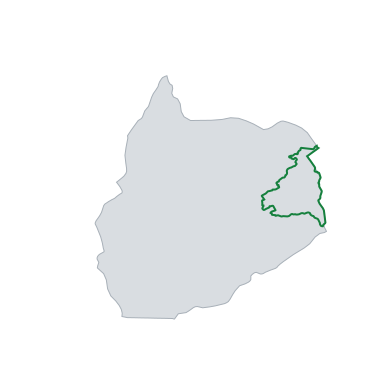 Mashonaland Central on a map of Zimbabwe (Equal Earth projection), rotated 55°
{"feature_id": "ZWE-524", "entity_name": "Mashonaland Central", "entity_type": "Province", "adm_level": 1, "iso_a3": "ZWE", "parent_name": "Zimbabwe", "parent_adm1": "", "projection": "equal_earth", "projection_center": [30.9, -16.688], "detail": "fine", "context": "in_parent", "style": "outline", "palette": "green", "viewbox_px": 384, "rotation_deg": 55, "n_neighbors": 0, "source": "natural_earth", "source_scale": "10m", "svg_char_len": 6851}
<svg xmlns="http://www.w3.org/2000/svg" viewBox="0 0 384 384"><g transform="rotate(55 192 192)"><path d="M253.8,320.8L251.3,318.7L247.8,317.3L243.4,316.7L237.7,316.9L230.6,318.1L223.0,316.7L214.9,312.6L208.2,311.2L200.2,313.0L199.8,313.0L198.4,311.6L196.2,308.7L192.5,308.2L191.5,307.5L190.7,306.4L190.2,305.0L190.0,303.4L190.5,298.6L190.2,298.0L189.2,297.5L187.2,296.9L182.4,294.7L176.3,292.5L166.4,290.2L162.6,289.6L161.7,288.9L160.6,287.1L158.6,281.5L156.8,277.8L152.5,272.1L151.9,270.4L152.0,265.8L152.3,262.2L152.8,259.1L152.5,256.2L152.4,252.6L152.6,250.1L152.0,249.1L150.4,248.4L146.0,248.0L140.7,248.2L140.5,244.5L140.0,238.8L138.9,235.5L137.7,233.8L135.2,232.1L130.3,229.6L123.5,225.9L117.7,220.5L111.0,213.6L108.9,212.5L106.4,206.1L102.6,195.1L102.8,191.4L102.2,189.6L98.5,184.2L97.7,181.4L97.0,178.6L91.2,170.7L89.2,167.2L87.6,162.8L86.1,159.2L84.8,157.8L83.2,155.4L82.0,152.6L81.4,150.6L81.8,147.8L82.4,145.9L87.9,147.9L90.9,148.1L93.2,147.1L96.1,148.4L99.6,152.0L103.4,152.7L107.5,150.4L113.0,151.1L120.0,154.7L125.8,155.4L132.6,152.2L138.6,143.4L144.3,135.1L149.9,125.6L153.3,117.8L158.3,111.6L164.9,106.7L171.6,102.6L181.9,97.6L183.9,93.4L184.6,88.9L184.5,82.6L185.1,78.5L186.1,76.7L187.8,75.2L190.1,73.3L196.8,68.6L202.5,65.5L209.5,63.5L217.0,63.5L224.4,63.4L228.5,63.4L228.6,69.5L228.9,76.3L229.7,77.0L235.2,77.1L244.0,77.6L252.6,78.1L258.0,83.0L259.8,84.1L265.4,85.4L272.6,93.6L281.3,94.4L287.3,97.0L292.5,99.8L295.5,103.2L297.5,103.9L300.1,104.2L301.4,104.5L301.1,106.9L299.3,111.1L299.5,117.0L301.9,125.2L302.2,132.3L301.4,144.8L301.4,157.0L301.6,161.3L302.0,164.2L302.5,165.8L302.4,167.5L301.0,172.6L299.8,178.0L299.7,180.1L299.3,181.6L298.4,183.0L294.7,185.4L294.0,187.0L294.0,189.7L294.5,192.0L295.9,192.9L297.6,194.2L298.2,196.0L298.2,197.8L297.7,201.2L296.1,206.8L297.6,213.2L299.3,217.4L301.6,222.2L302.6,225.2L302.5,227.4L302.1,229.4L298.6,238.3L296.1,243.7L293.0,249.6L288.9,253.3L287.9,255.0L287.5,257.1L287.6,261.4L287.4,266.0L283.9,273.1L286.0,279.2L285.6,279.7L284.4,280.6L279.4,287.4L274.4,294.3L270.7,299.3L266.5,305.1L261.8,311.5L257.8,317.0L253.8,320.8Z" fill="#d9dde1" stroke="#a8b0b8" stroke-width="1"/><path d="M225.7,63.3L226.6,63.8L227.4,63.7L228.5,63.2L228.6,66.3L228.6,69.9L228.7,74.5L228.7,77.2L231.9,77.2L234.0,77.1L238.6,77.1L241.7,77.1L243.0,77.4L244.1,78.5L244.6,79.1L245.0,79.5L245.5,79.6L246.1,79.3L246.5,78.9L247.0,78.1L247.4,77.8L247.7,77.9L247.9,78.1L248.1,78.1L248.3,77.6L249.1,77.0L250.3,77.2L253.2,78.1L253.8,78.3L254.2,78.7L254.6,79.4L255.2,80.7L255.5,81.2L256.1,81.6L256.4,81.9L256.5,82.3L256.6,82.6L256.8,82.9L257.1,82.8L257.4,82.9L257.3,83.1L257.3,83.3L257.9,83.5L258.5,83.5L259.1,83.6L259.5,84.0L260.6,84.7L265.4,85.1L266.1,85.5L266.9,86.4L268.6,88.8L269.2,89.4L270.4,90.2L270.7,90.6L271.0,91.3L271.1,92.8L271.3,93.3L271.8,93.6L274.8,94.2L280.4,94.1L282.7,94.5L285.6,96.0L290.1,98.4L293.5,100.2L293.8,100.6L294.0,101.1L294.0,102.0L294.3,103.5L295.0,104.3L295.1,104.5L294.3,105.4L293.8,105.7L293.3,105.8L291.7,105.6L291.4,105.5L290.9,105.1L290.7,105.0L286.8,104.4L286.1,104.5L285.4,104.9L284.0,105.9L283.3,106.3L282.9,106.3L281.7,106.3L281.4,106.3L281.2,106.5L280.7,106.9L280.1,107.3L279.5,107.6L278.8,107.8L278.2,107.9L277.9,107.8L277.5,107.5L277.2,107.5L276.8,107.6L276.3,107.8L275.5,108.4L275.2,108.9L275.0,109.4L274.8,110.0L274.4,111.9L274.3,112.2L274.0,112.6L273.1,113.2L272.7,113.6L272.3,114.2L272.0,114.9L271.9,115.6L271.7,116.8L271.6,117.2L270.9,118.6L270.5,119.2L270.1,119.7L269.5,120.2L269.3,120.3L269.2,120.6L268.9,121.2L268.8,121.4L268.5,121.8L267.7,122.4L267.4,122.7L267.2,123.2L267.1,123.9L267.2,124.6L267.3,125.3L267.3,126.3L267.0,127.2L266.6,128.0L264.1,131.1L263.7,132.0L263.6,132.4L263.1,133.0L260.5,134.8L260.4,135.0L260.0,135.7L259.8,136.4L259.6,136.8L259.4,137.1L259.2,137.0L259.0,136.9L258.9,136.9L258.6,137.2L257.1,139.0L256.7,139.4L256.4,139.5L255.4,139.0L255.1,139.2L254.5,139.6L254.2,139.7L254.0,139.4L253.9,139.0L253.8,138.6L253.8,138.2L253.8,137.8L254.8,134.5L254.8,134.3L254.8,134.1L254.6,134.0L250.1,133.5L249.7,133.7L249.3,134.2L248.9,135.5L248.3,136.3L248.2,136.6L248.4,137.0L248.6,137.2L248.8,137.2L248.9,137.5L248.9,137.8L248.3,141.0L248.2,142.7L248.0,143.3L247.8,143.5L247.6,143.7L247.4,143.7L246.9,143.7L246.6,143.8L246.3,143.9L246.0,143.9L245.9,143.8L245.7,143.7L245.3,143.2L244.5,141.5L244.0,141.2L243.8,141.4L243.6,141.6L243.5,141.8L243.3,142.0L243.1,142.0L242.9,141.9L242.5,141.5L241.2,140.6L239.6,139.8L239.4,139.6L239.2,139.3L239.2,139.0L239.3,138.7L239.5,137.9L239.6,137.3L239.6,137.1L239.4,137.1L235.4,137.1L235.1,136.9L235.1,135.9L235.5,132.8L235.5,132.2L235.4,131.6L235.0,129.5L235.1,129.2L235.6,128.2L236.6,125.5L236.7,125.3L236.7,125.2L236.4,124.8L236.3,124.7L236.4,124.3L236.5,124.1L237.0,123.5L237.4,122.9L237.7,122.3L237.8,122.1L237.9,121.8L238.2,118.6L238.2,118.3L238.2,118.1L238.1,117.9L237.9,117.8L237.6,117.7L237.4,117.6L237.2,117.6L236.9,117.8L236.7,118.0L236.3,117.9L236.3,117.6L236.2,117.3L236.1,117.2L235.9,117.2L235.8,117.3L235.4,117.6L235.0,117.9L234.9,118.0L234.8,117.9L234.6,117.9L234.4,117.7L234.2,117.7L233.5,117.8L233.3,117.8L233.1,117.7L232.9,117.4L232.8,116.7L232.8,115.7L232.9,115.4L233.0,115.4L233.2,115.1L233.2,114.9L233.1,114.7L232.6,114.1L232.4,113.8L232.3,113.5L232.2,110.1L232.2,109.9L232.2,109.7L232.3,109.5L232.4,109.3L232.8,108.5L233.0,108.2L233.0,107.9L233.0,107.7L232.9,107.3L232.7,106.8L232.6,106.6L232.4,106.4L232.1,106.2L231.9,106.0L231.9,105.8L232.0,105.6L232.1,105.4L232.0,105.1L231.6,103.9L231.5,103.7L231.2,103.5L230.3,102.8L230.2,102.8L229.8,102.7L229.7,102.6L229.4,102.4L228.8,102.0L228.7,101.9L228.6,101.7L228.4,101.2L228.1,100.6L228.1,100.4L228.1,100.0L228.3,98.4L228.5,97.5L228.6,97.3L228.7,97.0L228.9,96.6L229.0,95.4L229.1,94.4L229.2,94.0L229.6,93.1L229.7,92.9L229.7,92.6L229.6,92.1L229.4,91.3L229.3,90.8L229.1,90.3L228.9,90.2L228.7,90.1L227.0,90.2L226.9,90.2L226.7,90.0L226.2,89.3L226.1,89.0L225.8,88.0L225.7,87.7L225.4,87.4L225.0,87.4L224.8,87.4L223.8,87.5L223.5,87.7L223.4,87.8L223.3,88.1L223.2,88.3L223.3,88.6L223.4,89.3L223.4,89.6L223.4,89.8L223.3,90.0L223.2,90.1L223.1,90.3L222.9,90.4L222.2,90.6L222.0,90.8L221.8,91.1L221.7,91.3L221.4,91.3L220.8,91.1L220.6,91.1L220.2,91.3L220.0,91.6L219.9,91.8L219.8,92.2L219.7,92.3L219.4,92.4L219.0,92.3L218.8,92.2L218.7,92.1L218.6,91.9L218.7,91.5L219.1,90.0L219.3,89.7L219.5,89.5L219.8,89.2L220.0,88.8L220.0,88.5L220.1,88.0L219.9,86.7L219.9,86.2L220.0,85.8L220.4,85.1L220.5,84.9L221.3,84.3L221.4,84.1L221.4,83.9L221.4,83.5L221.3,83.3L221.2,83.2L220.9,83.2L220.7,83.2L220.4,82.9L220.2,82.6L220.2,82.4L220.2,82.2L220.2,81.9L219.9,81.5L219.8,81.4L219.8,81.2L219.7,81.0L219.6,80.6L219.7,80.3L219.8,79.3L219.7,79.0L219.6,78.8L219.0,78.4L218.9,78.4L218.7,78.1L218.6,77.9L218.5,77.6L218.5,77.4L218.5,77.2L226.1,68.6L226.3,68.1L226.4,67.5L226.2,66.7L226.1,66.3L225.7,65.8L225.6,65.2L225.6,63.7L225.7,63.3Z" fill="none" stroke="#15803d" stroke-width="2"/></g></svg>